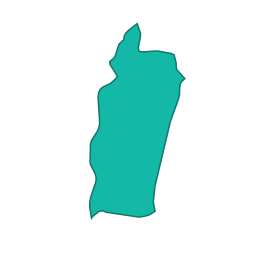 an SVG outline of Ðong Tháp, rotated 60°
{"feature_id": "VNM-500", "entity_name": "Ðong Tháp", "entity_type": "Province", "adm_level": 1, "iso_a3": "VNM", "parent_name": "Vietnam", "parent_adm1": "", "projection": "orthographic", "projection_center": [105.526, 10.632], "detail": "fine", "context": "isolated", "style": "filled", "palette": "teal", "viewbox_px": 256, "rotation_deg": 60, "n_neighbors": 0, "source": "natural_earth", "source_scale": "10m", "svg_char_len": 997}
<svg xmlns="http://www.w3.org/2000/svg" viewBox="0 0 256 256"><g transform="rotate(60 128 128)"><path d="M102.4,56.5L113.7,54.1L113.9,55.3L114.6,58.4L115.2,59.6L116.9,61.4L119.4,63.4L125.5,67.2L128.9,70.7L143.3,87.8L191.7,133.6L204.7,143.1L213.7,146.2L213.8,153.6L212.7,157.7L210.6,163.1L189.9,189.2L187.7,190.6L186.4,192.8L185.7,194.7L187.0,203.5L187.9,204.6L187.6,204.6L176.7,200.4L172.7,197.8L169.1,194.7L158.9,183.1L156.6,181.3L153.9,180.0L150.8,179.3L141.4,178.8L138.4,177.9L127.3,171.0L123.5,168.8L121.6,167.0L119.8,164.6L115.7,156.5L113.9,153.9L111.8,151.8L109.3,149.9L86.3,138.5L82.7,135.7L80.6,132.6L80.0,129.1L80.7,122.0L80.4,119.5L78.6,111.7L73.5,111.4L64.1,111.8L62.9,111.4L61.4,110.5L61.0,109.0L60.8,107.3L60.4,105.3L59.5,103.4L50.9,93.9L50.6,92.3L49.5,87.7L46.4,85.2L44.6,82.1L43.7,78.6L42.2,67.9L52.2,69.8L55.7,72.1L63.5,78.9L66.9,80.1L69.1,77.9L75.9,64.1L85.1,53.3L88.0,51.4L89.0,51.9L95.5,53.7L100.6,56.3L102.4,56.5Z" fill="#14b8a6" stroke="#0f766e" stroke-width="1.5"/></g></svg>